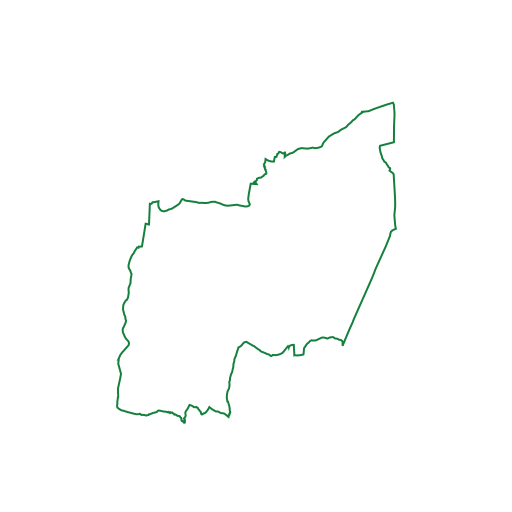 Melinesti, Dolj, Romania (orthographic projection), rotated 293°
{"feature_id": "2599482B7239267207369", "entity_name": "Melinesti", "entity_type": "district", "adm_level": 2, "iso_a3": "ROU", "parent_name": "Romania", "parent_adm1": "Dolj", "projection": "orthographic", "projection_center": [23.668, 44.557], "detail": "fine", "context": "isolated", "style": "outline", "palette": "green", "viewbox_px": 512, "rotation_deg": 293, "n_neighbors": 0, "source": "geoboundaries", "source_scale": "gbopen_adm2", "svg_char_len": 5997}
<svg xmlns="http://www.w3.org/2000/svg" viewBox="0 0 512 512"><g transform="rotate(293 256 256)"><path d="M450.6,322.2L446.5,317.2L441.5,311.6L437.1,306.8L433.4,303.2L433.0,302.6L432.0,300.6L431.1,299.2L430.8,298.2L430.2,297.5L430.1,297.2L429.9,297.2L429.7,297.8L426.5,295.7L424.5,294.8L420.7,293.5L419.5,292.8L418.6,292.0L416.9,291.6L412.6,289.5L410.0,288.7L407.9,287.0L406.1,285.4L404.3,284.2L402.6,283.4L401.7,282.5L399.3,279.9L394.4,276.4L387.0,273.9L385.6,273.7L383.1,273.8L382.6,273.6L382.0,273.2L380.3,271.5L378.3,268.3L378.1,266.9L377.8,265.6L376.7,264.2L375.0,261.6L373.1,255.8L372.5,254.9L371.9,254.4L371.6,253.6L370.5,252.6L365.8,249.8L364.3,248.3L363.8,247.3L361.6,245.8L360.1,244.4L358.5,243.7L359.4,243.4L360.2,242.9L361.9,242.8L362.6,242.2L362.2,241.7L361.2,241.4L360.9,240.8L361.0,239.5L361.2,238.5L361.1,237.0L360.9,236.8L360.8,236.6L359.0,236.5L358.3,235.8L357.1,236.0L356.7,235.8L355.4,236.1L355.0,235.8L354.5,234.6L349.9,235.6L349.0,233.2L348.6,230.4L348.7,228.8L349.0,226.9L346.2,227.8L343.4,227.5L343.1,228.0L342.3,228.4L341.7,229.1L341.5,228.6L341.3,228.8L339.7,230.3L339.5,230.6L339.4,231.0L338.9,230.9L337.6,232.4L336.0,233.3L335.1,232.9L334.7,232.2L333.9,231.8L333.2,231.8L332.4,231.5L331.7,230.8L330.3,230.1L329.7,229.4L329.2,228.2L327.4,226.7L326.3,227.1L325.7,227.0L325.0,226.7L324.3,225.9L323.2,225.4L323.1,227.5L322.4,228.5L320.5,222.9L310.0,225.2L305.5,226.5L303.5,227.7L301.3,230.0L300.5,230.2L299.5,229.8L298.7,229.1L298.0,228.1L297.2,226.3L296.8,224.0L296.1,221.2L295.9,219.0L295.5,218.0L291.5,210.9L290.6,208.4L290.3,205.7L290.4,202.4L289.9,198.4L289.9,197.0L288.4,193.8L286.6,191.6L285.3,189.5L283.4,184.4L282.6,182.8L282.2,179.6L279.4,169.4L279.8,167.3L279.7,166.0L278.6,165.6L274.7,165.1L273.6,164.7L272.0,163.7L266.9,160.2L265.8,159.1L264.7,157.5L263.4,156.6L262.3,155.4L261.1,153.7L260.8,152.4L260.8,150.9L261.4,149.4L262.1,148.3L263.2,147.1L264.3,146.4L265.7,145.7L268.3,144.9L267.2,143.2L266.1,141.9L265.5,140.6L265.0,139.8L264.7,139.6L263.6,139.6L263.2,139.3L262.7,138.6L262.6,137.9L243.2,145.2L242.9,144.4L243.0,143.2L242.6,141.8L220.2,147.3L219.1,145.2L218.9,144.5L217.7,144.6L217.5,143.3L217.4,143.3L213.3,142.5L210.8,142.3L209.6,142.1L209.0,141.8L206.9,141.5L202.3,141.6L197.6,142.3L195.5,143.3L195.4,143.6L194.3,144.6L193.9,145.4L192.4,146.9L191.6,147.5L190.9,148.4L190.1,148.7L186.0,149.6L181.9,151.1L177.0,151.2L175.2,151.8L172.6,153.2L167.9,154.4L165.4,154.3L164.7,154.0L164.4,153.6L162.1,153.2L159.6,153.0L158.6,153.2L155.1,154.3L150.3,157.9L149.7,158.7L148.6,159.7L147.5,160.1L145.7,161.6L144.2,162.0L139.5,162.0L137.5,161.8L135.9,162.1L134.3,163.0L133.4,163.6L132.0,165.2L130.3,166.9L128.9,168.9L128.4,170.3L127.5,171.9L126.9,172.7L125.9,173.2L124.1,173.6L115.2,170.6L112.3,169.8L107.4,169.7L107.6,169.9L103.0,171.3L95.3,177.4L94.4,177.9L90.3,178.8L79.2,180.9L79.6,181.0L76.4,182.3L73.7,183.7L72.2,184.3L72.0,184.1L67.6,185.3L66.4,185.9L63.9,186.6L62.5,187.5L62.2,188.2L61.8,189.4L61.4,191.9L61.4,192.7L61.9,194.8L61.9,195.8L62.2,198.9L63.4,206.9L63.8,208.3L64.4,209.3L64.8,210.3L65.4,210.7L64.9,212.7L65.6,213.8L65.8,214.9L66.1,215.4L66.1,216.9L67.7,219.2L68.5,219.3L68.9,220.2L71.0,222.2L73.3,225.3L74.0,225.8L75.0,226.1L75.7,226.7L76.1,228.1L76.8,232.1L77.4,233.4L77.5,235.3L78.3,236.1L78.2,236.5L77.9,236.7L78.3,237.4L77.8,238.2L78.3,238.6L78.8,238.6L78.8,240.0L79.1,240.3L78.7,240.7L78.7,242.0L78.1,242.8L78.2,243.0L78.6,243.4L78.5,244.4L78.6,244.9L78.3,245.4L78.2,246.5L78.7,247.6L78.6,248.6L77.9,249.4L77.8,250.3L76.7,251.1L75.7,251.5L75.2,252.0L75.5,253.2L75.1,253.4L75.1,254.0L74.5,254.6L74.4,255.0L74.9,255.6L77.3,254.6L78.1,253.8L78.1,253.2L78.6,253.2L78.8,253.6L81.2,253.7L82.3,253.3L83.8,252.3L85.0,252.0L88.9,252.8L92.9,253.0L93.1,255.0L92.9,256.8L92.6,257.8L93.0,259.1L93.8,260.2L93.4,260.7L93.4,261.9L93.2,262.2L92.4,262.9L92.2,263.6L91.4,264.8L91.2,265.6L90.4,266.5L89.3,267.2L89.3,267.4L89.1,267.7L89.0,268.2L90.8,269.4L91.1,270.1L92.5,270.9L95.5,271.8L98.7,272.1L97.8,275.2L97.4,278.2L97.3,279.4L97.3,279.9L98.0,281.8L97.7,285.2L98.4,287.2L98.5,288.8L97.1,293.6L97.8,293.5L98.6,292.9L99.1,293.2L99.5,293.2L99.2,293.5L99.3,293.6L100.2,293.2L100.6,293.5L101.5,293.1L101.8,293.4L102.1,293.4L103.8,292.0L105.1,291.6L105.6,291.1L106.8,290.5L111.0,287.1L110.9,286.5L112.8,285.3L114.4,284.4L116.8,283.5L120.2,282.7L123.7,282.9L125.8,282.4L127.9,281.6L129.3,280.7L131.1,280.6L132.3,280.3L133.4,279.8L137.7,279.2L139.0,279.4L141.1,279.2L142.4,278.8L144.5,278.6L147.9,277.4L150.3,277.2L152.9,276.4L156.3,276.5L161.8,275.8L163.8,275.8L164.8,275.5L166.9,277.1L168.9,277.9L170.3,278.2L171.8,278.9L172.8,279.9L173.2,280.7L172.4,287.1L172.2,288.0L172.3,289.3L172.1,290.2L171.8,291.1L171.1,293.9L170.8,296.1L170.1,297.8L170.2,302.1L170.1,304.0L170.3,306.4L170.3,307.0L169.9,307.9L169.9,309.2L170.2,309.5L171.5,310.1L172.1,312.1L172.6,313.3L174.2,315.5L175.7,317.1L177.1,318.2L177.9,318.5L185.5,320.7L185.4,320.9L185.0,321.1L185.2,321.6L184.8,321.9L185.6,321.8L187.0,322.5L188.0,323.7L189.0,325.3L189.0,325.5L188.0,326.0L179.6,330.1L180.0,330.4L180.3,332.0L180.6,332.9L182.2,335.9L183.1,336.9L183.6,337.9L184.0,338.1L184.7,338.0L189.4,336.4L190.3,336.3L191.9,336.7L194.4,337.1L195.7,337.6L196.7,338.2L199.2,339.2L200.2,340.2L200.4,341.6L201.0,342.5L201.6,344.0L206.2,348.1L206.9,348.9L207.6,350.9L207.9,354.0L209.8,355.7L211.0,357.6L211.4,358.7L211.4,359.5L211.0,360.6L211.0,361.1L211.6,363.1L211.4,364.6L211.8,367.3L211.5,368.4L210.8,369.3L207.1,370.8L213.9,370.7L226.8,370.7L231.0,370.8L232.1,370.9L235.7,370.7L279.9,371.4L287.0,371.3L290.3,371.1L315.4,371.7L326.7,371.5L329.9,370.8L331.3,370.8L333.2,371.8L335.7,374.1L338.7,372.1L347.6,367.4L355.9,364.8L359.6,363.2L364.0,361.2L385.0,350.8L385.8,349.4L386.7,345.6L388.6,345.5L389.0,345.3L389.3,345.0L389.3,344.1L389.6,343.3L390.2,342.7L391.5,340.5L392.4,339.6L392.7,338.9L392.8,338.0L393.0,337.2L394.1,335.9L395.3,334.0L396.5,333.3L400.2,330.0L404.0,327.5L405.9,327.1L414.6,338.5L428.8,332.6L441.2,327.9L449.1,323.8L450.6,322.2Z" fill="none" stroke="#15803d" stroke-width="2"/></g></svg>